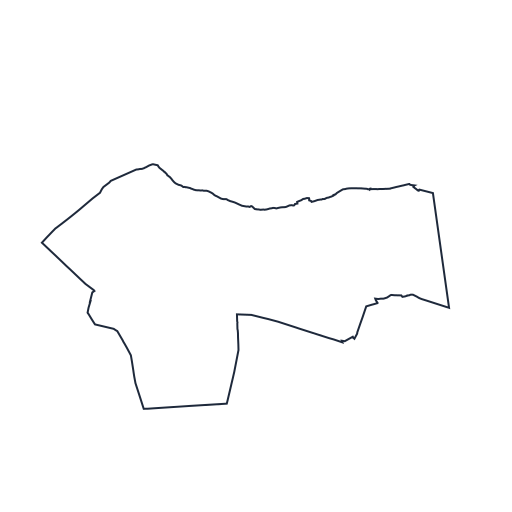 Ermelo, Gelderland, Netherlands, rotated 154°
{"feature_id": "6326949B64614407924270", "entity_name": "Ermelo", "entity_type": "district", "adm_level": 2, "iso_a3": "NLD", "parent_name": "Netherlands", "parent_adm1": "Gelderland", "projection": "albers", "projection_center": [5.638, 52.286], "detail": "fine", "context": "isolated", "style": "outline", "palette": "slate", "viewbox_px": 512, "rotation_deg": 154, "n_neighbors": 0, "source": "geoboundaries", "source_scale": "gbopen_adm2", "svg_char_len": 5864}
<svg xmlns="http://www.w3.org/2000/svg" viewBox="0 0 512 512"><g transform="rotate(154 256 256)"><path d="M69.4,235.0L74.1,239.0L80.0,244.0L81.1,243.3L81.5,243.7L81.3,243.9L81.5,244.2L81.7,244.4L82.2,244.8L82.3,245.0L82.6,245.8L83.4,247.3L83.6,247.6L83.7,248.1L84.0,248.6L84.2,248.9L84.3,249.2L84.2,249.3L83.7,249.6L83.1,249.8L82.8,250.0L82.7,250.0L83.6,250.6L85.2,251.6L85.5,251.8L85.6,252.0L86.0,252.3L86.5,252.8L86.6,253.4L86.6,253.5L86.8,253.6L89.5,254.2L90.8,254.5L92.4,254.8L93.9,255.2L97.5,256.0L99.5,256.5L101.5,256.9L105.6,257.8L105.9,257.7L106.8,258.1L107.8,258.5L108.4,258.8L109.2,259.1L109.9,259.5L110.7,259.8L111.9,260.3L113.5,261.0L113.8,261.2L114.1,261.3L114.7,261.6L114.9,261.7L115.5,262.0L116.2,262.3L117.8,262.9L118.3,263.3L123.3,265.7L123.4,265.8L123.4,266.3L123.6,266.3L124.1,266.1L124.3,266.0L124.5,266.3L124.9,265.9L125.1,266.3L125.7,266.7L126.2,267.1L126.3,267.1L126.6,267.5L126.8,267.7L127.3,268.0L127.8,268.4L128.2,268.5L130.0,269.6L130.5,269.9L131.0,270.2L131.2,270.3L131.4,270.5L131.7,270.6L133.4,271.5L135.0,272.3L137.3,273.5L142.4,275.9L144.7,276.7L145.5,276.9L146.3,277.0L148.3,277.7L148.7,277.8L149.0,277.8L152.6,277.5L155.6,277.2L156.3,277.0L157.6,276.5L158.0,276.8L157.9,276.8L159.6,276.4L160.0,276.3L162.6,276.4L163.3,276.6L164.2,276.6L165.5,276.8L166.7,277.2L167.3,277.2L167.9,277.2L168.4,277.3L168.9,277.1L169.1,277.1L169.7,277.3L170.0,277.4L170.7,277.8L171.1,278.0L171.4,278.0L171.9,278.0L172.3,278.0L173.3,278.5L174.7,278.9L176.3,279.4L176.8,279.4L179.5,279.7L180.5,279.9L182.3,280.3L182.3,281.1L183.3,282.3L183.5,282.4L183.7,282.5L183.8,282.6L183.8,282.8L183.6,283.2L183.4,283.6L183.0,284.4L183.0,284.6L183.0,284.8L183.4,285.0L183.9,285.2L184.0,285.3L185.0,285.8L187.1,286.1L187.3,286.1L187.8,286.4L188.4,286.5L188.9,286.6L190.8,286.3L193.2,286.5L195.3,286.6L195.8,285.0L198.0,285.6L198.1,285.4L198.4,285.4L198.5,285.3L199.0,285.1L199.7,284.8L200.2,285.0L200.9,285.4L201.3,285.8L201.6,286.0L202.0,286.2L202.7,286.4L203.4,286.7L203.9,286.8L206.8,286.9L207.8,287.0L208.1,287.1L209.2,287.5L211.0,288.3L212.6,288.9L215.1,289.5L216.2,289.7L216.7,289.8L216.9,289.9L218.0,290.8L218.6,291.2L219.1,291.5L219.8,291.8L220.9,292.0L222.7,292.6L223.0,292.7L224.1,292.8L225.0,293.0L226.1,293.2L226.9,293.5L227.7,293.7L228.0,293.8L228.6,294.3L229.0,294.5L229.7,294.8L231.6,295.5L232.3,296.0L233.7,297.0L234.4,297.3L234.8,297.5L235.1,297.9L235.3,298.0L235.6,298.1L236.0,298.4L236.2,298.6L236.5,298.8L236.6,299.0L236.7,299.4L237.7,302.1L237.9,302.4L238.2,302.7L238.5,303.0L239.2,303.0L239.8,302.9L240.2,302.9L240.3,303.0L240.5,303.1L240.9,303.6L241.6,304.1L241.9,304.2L242.4,304.4L243.0,304.7L246.7,307.4L246.9,307.7L248.0,309.0L248.6,309.7L250.6,312.2L251.7,313.5L253.7,315.4L255.2,316.7L256.0,317.7L256.9,318.7L257.0,318.9L257.3,319.5L257.5,319.8L257.9,320.2L259.6,321.0L260.0,321.2L261.2,322.0L262.1,322.8L262.5,323.2L262.8,323.7L264.0,325.4L264.7,326.4L264.8,326.5L265.0,326.8L265.3,327.2L265.8,327.7L266.0,327.9L266.5,328.8L266.7,329.0L266.8,329.3L267.0,329.8L267.4,330.8L267.6,331.2L268.1,332.0L268.5,332.6L269.3,333.6L269.9,334.4L270.2,334.8L270.6,335.2L271.0,335.6L271.8,336.3L272.3,336.6L274.4,337.6L274.8,337.9L275.3,338.4L277.0,339.1L277.8,339.6L278.7,340.2L279.5,340.5L280.1,340.9L280.3,341.0L281.2,341.5L282.2,342.4L282.8,342.9L283.8,344.1L284.9,345.1L285.1,345.6L285.3,345.8L285.9,346.3L288.5,348.4L289.2,348.7L289.5,349.1L289.7,349.3L289.9,349.4L291.0,349.8L291.2,350.0L292.1,351.8L292.3,352.1L293.7,353.4L294.3,353.8L296.1,356.1L296.5,356.7L296.9,357.6L297.1,358.0L297.5,359.3L297.9,360.8L298.2,362.5L298.9,364.9L299.4,365.7L299.7,366.4L299.9,366.8L300.3,367.3L300.3,367.9L300.3,368.2L300.4,369.0L300.5,369.5L300.9,370.3L301.0,370.6L301.1,371.2L301.2,371.5L301.6,371.9L301.7,372.1L301.8,372.6L301.9,373.0L302.5,374.2L303.8,376.9L304.1,377.5L304.3,378.5L304.5,379.3L304.5,380.2L304.5,380.4L304.6,380.7L304.9,380.9L308.3,383.6L308.5,383.7L309.4,383.9L312.4,384.2L314.2,384.1L316.2,384.0L317.2,384.1L318.3,384.0L318.7,384.1L319.7,384.2L320.7,384.4L321.7,384.9L322.6,385.2L323.9,385.5L325.7,386.2L353.6,387.2L355.7,386.3L362.9,384.9L365.3,383.6L367.6,381.9L368.5,381.2L370.1,380.9L374.0,380.1L377.5,379.4L395.5,374.8L404.6,372.7L410.6,371.4L420.9,369.3L422.9,368.9L424.2,368.7L424.5,368.6L425.8,368.1L428.1,367.3L436.0,364.4L442.6,361.8L434.7,340.8L430.8,330.2L429.3,326.4L424.6,313.8L421.5,305.6L416.7,296.3L416.8,295.6L416.7,295.4L419.1,295.0L425.1,287.9L424.7,287.8L429.1,283.0L430.7,280.9L432.1,279.0L432.2,278.9L432.2,278.5L432.2,278.3L432.2,278.1L432.0,277.8L431.4,271.2L431.0,267.6L430.7,265.1L419.1,255.6L416.4,253.4L415.8,252.9L415.7,252.7L414.6,250.8L413.6,249.3L412.8,238.7L412.8,236.9L412.6,234.8L412.3,229.8L412.0,221.6L413.6,216.1L416.5,206.7L417.0,205.2L418.3,201.0L420.1,194.5L421.9,181.7L423.9,167.9L420.3,166.2L414.6,163.9L382.3,150.7L347.0,136.1L344.9,138.6L335.1,150.6L333.9,152.1L330.2,156.6L326.4,161.3L313.0,179.1L310.7,184.1L307.7,191.0L306.1,194.4L305.0,197.2L304.8,198.0L304.7,198.5L302.4,203.5L301.8,204.4L301.5,205.7L298.7,211.9L286.0,205.1L276.5,197.1L272.7,194.0L265.0,187.3L251.2,174.0L249.5,172.3L226.4,150.2L222.8,147.0L216.2,140.5L216.0,142.2L213.6,140.5L212.1,140.6L210.4,140.7L204.4,141.0L204.4,140.4L204.5,139.8L204.4,139.7L204.3,139.4L204.1,139.3L203.8,138.5L199.1,141.9L198.4,143.0L191.9,149.5L186.8,154.5L179.0,162.4L173.6,161.5L172.9,161.4L172.6,161.3L171.0,161.0L168.6,160.6L167.6,160.4L167.4,160.4L167.3,160.5L167.6,162.9L167.7,163.6L167.5,165.4L165.4,164.0L164.9,163.7L162.4,162.9L160.4,161.9L159.8,161.7L156.5,161.2L154.0,161.5L152.3,161.8L152.1,161.8L151.3,161.6L148.7,160.0L142.7,156.9L142.3,155.1L139.6,154.3L138.7,154.2L136.8,153.9L136.8,154.0L135.8,153.6L135.4,153.5L134.4,153.5L133.9,153.4L133.4,153.2L131.9,152.4L129.9,149.8L129.2,148.9L128.6,147.9L127.8,146.8L127.8,146.7L126.0,144.7L122.3,141.2L105.2,124.8L69.4,235.0Z" fill="none" stroke="#1e293b" stroke-width="2"/></g></svg>